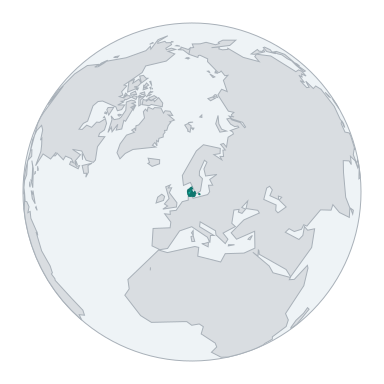 the Earth from above Denmark, rotated 354°
{"feature_id": "DNK", "entity_name": "Denmark", "entity_type": "country or territory", "adm_level": 0, "iso_a3": "DNK", "parent_name": "Europe", "parent_adm1": "", "projection": "orthographic", "projection_center": [10.731, 56.183], "detail": "fine", "context": "on_globe", "style": "filled", "palette": "teal", "viewbox_px": 384, "rotation_deg": 354, "n_neighbors": 0, "source": "natural_earth", "source_scale": "50m", "svg_char_len": 13248}
<svg xmlns="http://www.w3.org/2000/svg" viewBox="0 0 384 384"><g transform="rotate(354 192 192)"><circle cx="192" cy="192" r="169" fill="#eef3f6" stroke="#a8b0b8"/><path d="M23.1,190.0L23.5,190.9L24.8,181.0L25.1,176.7L24.4,176.2L26.6,160.4L29.3,150.8L45.7,107.8L49.5,101.6L52.9,97.3L75.1,73.2L57.7,90.1L63.2,83.4L70.7,75.6L70.3,76.5L80.4,68.2L87.6,62.3L101.1,55.3L112.9,55.3L108.3,57.6L111.7,57.6L117.7,54.8L120.8,53.0L140.6,51.6L161.0,46.6L165.9,42.6L166.0,45.6L174.2,36.9L184.3,34.1L173.9,38.9L173.5,40.6L180.8,39.3L182.1,40.9L186.3,41.2L187.1,43.3L181.0,46.3L181.4,47.8L186.5,46.8L190.6,48.5L183.0,49.7L189.3,52.9L180.1,59.1L159.1,61.8L154.9,68.0L135.5,78.5L138.2,79.7L132.5,84.9L133.4,88.3L129.6,89.5L133.7,91.2L137.0,89.4L139.9,89.7L140.8,91.6L136.0,93.4L134.9,92.7L134.0,94.3L131.2,94.4L133.1,95.5L127.2,97.7L134.2,98.4L130.6,102.7L126.3,103.4L125.2,99.4L112.6,92.2L108.0,92.2L102.6,95.9L95.6,110.6L91.1,112.4L86.2,117.7L89.3,118.3L94.3,114.5L98.9,117.2L104.5,112.5L107.2,113.1L113.5,110.1L114.2,114.8L111.4,121.1L106.2,124.0L104.8,127.0L111.1,127.9L102.7,137.1L99.3,150.1L97.0,152.2L90.0,149.3L86.6,139.7L77.6,137.1L85.0,143.3L79.0,148.9L78.7,151.8L80.0,154.3L82.9,154.0L81.2,157.0L73.1,151.7L74.6,148.9L77.1,150.5L75.5,146.2L70.0,143.1L67.4,146.5L61.9,139.3L60.0,141.7L57.7,141.6L61.1,138.2L54.8,144.4L47.9,138.6L39.2,149.5L46.0,135.7L47.4,129.4L48.3,123.0L46.8,124.6L50.0,114.7L49.4,110.0L44.0,114.7L38.8,123.6L35.7,133.6L37.2,133.3L36.3,139.8L31.8,143.6L29.4,157.5L26.7,163.0L25.3,170.2L25.4,175.6L25.1,183.8L26.7,184.4L28.4,189.7L26.6,195.4L29.0,194.4L29.0,201.3L33.6,215.7L32.8,215.9L36.3,234.8L43.2,250.7L44.7,257.8L43.6,258.8L46.6,263.9L46.7,265.6L61.4,285.5L71.1,298.1L72.2,303.3L67.0,302.2L69.0,307.9L68.2,307.0L59.8,297.2L52.2,286.9L45.4,276.0L39.4,264.6L34.4,252.8L30.2,240.7L27.0,228.3L24.7,215.6L23.4,202.9L23.1,190.0ZM36.6,152.1L34.1,171.1L33.1,163.5L33.8,164.2L34.9,158.6L36.2,150.1L36.0,144.0L36.6,152.1ZM40.9,153.1L41.2,150.2L41.3,152.6L40.9,153.1ZM122.0,52.1L117.7,54.6L111.8,56.7L115.3,54.3L122.0,52.1ZM133.4,49.1L131.7,50.6L128.1,50.0L130.2,49.3L133.4,49.1ZM169.1,39.7L165.3,40.7L168.6,39.2L169.1,39.7ZM186.8,40.9L187.4,40.2L189.3,40.7L186.8,40.9ZM112.7,107.7L113.1,108.9L111.7,108.8L112.7,107.7ZM115.1,105.4L113.3,104.5L114.1,103.3L115.3,103.8L115.1,105.4ZM192.3,44.5L195.2,45.7L191.2,44.9L192.3,44.5ZM117.2,106.8L115.9,101.2L117.4,99.2L123.0,99.6L117.2,106.8ZM196.2,46.7L203.2,49.9L205.3,48.5L203.3,54.7L198.0,49.8L192.8,49.0L196.0,48.2L196.2,46.7ZM137.7,88.1L134.2,90.0L136.3,86.7L137.7,88.1ZM138.4,85.9L140.8,75.7L146.4,74.0L144.5,77.6L151.1,74.2L152.7,78.3L149.4,81.1L145.4,81.4L149.1,82.8L138.4,85.9ZM201.1,57.8L201.8,59.1L199.8,58.3L201.1,57.8ZM141.3,89.5L141.3,87.5L146.2,85.8L147.1,89.5L145.2,88.9L141.3,89.5ZM152.1,71.3L155.9,70.9L158.2,74.0L160.0,74.3L153.2,78.2L152.1,71.3ZM144.5,90.2L147.4,91.5L145.9,94.1L141.6,91.3L144.5,90.2ZM147.0,83.9L149.4,83.3L148.4,84.8L147.0,83.9ZM142.2,104.3L142.0,101.8L144.6,100.7L142.2,104.3ZM148.6,91.8L149.1,90.9L150.1,90.2L151.7,91.6L148.6,91.8ZM155.3,80.3L155.5,81.8L158.2,78.8L160.1,81.2L155.2,83.5L158.1,83.5L158.7,84.3L154.1,85.3L155.3,80.3ZM156.2,90.9L150.6,94.9L150.3,99.8L148.1,100.8L149.0,92.9L156.2,90.9ZM155.3,87.5L155.4,89.9L152.5,89.9L150.8,88.4L155.3,87.5ZM163.1,82.1L161.5,77.8L162.6,77.5L163.1,82.1ZM156.7,92.3L158.0,91.3L157.0,92.6L156.7,92.3ZM161.7,85.2L161.0,83.7L162.3,83.3L161.7,85.2ZM161.2,90.8L159.4,92.0L158.2,90.9L161.2,90.8ZM161.9,88.2L163.9,88.1L158.8,89.8L161.4,87.5L161.9,88.2ZM163.1,85.1L163.6,84.4L163.2,85.8L163.1,85.1ZM167.0,94.2L160.9,96.6L158.2,94.2L164.4,92.2L167.0,94.2ZM360.7,182.7L360.8,185.9L359.9,183.0L359.3,185.1L357.5,178.1L353.3,173.0L353.3,181.4L351.5,177.5L345.7,176.6L344.7,188.6L344.3,213.3L347.3,224.3L345.8,233.7L336.5,227.8L330.8,219.3L328.4,224.6L318.0,223.2L302.7,237.9L299.7,236.2L297.0,240.5L289.6,242.0L284.7,238.6L280.6,241.8L293.4,250.4L297.7,246.8L300.2,238.1L303.0,242.1L310.1,241.4L305.2,259.7L281.2,286.6L277.5,278.9L252.4,261.0L252.4,257.5L252.3,257.1L251.9,256.6L250.9,262.7L246.2,258.3L261.0,273.6L264.1,280.8L280.9,287.3L279.6,289.4L284.6,289.6L299.1,277.0L299.4,279.8L293.4,296.9L272.3,322.7L274.4,329.3L271.6,335.6L256.8,344.4L256.5,346.8L248.6,350.2L247.1,351.4L239.9,354.0L233.9,355.7L222.3,358.2L210.6,359.9L203.7,359.4L194.6,353.4L200.4,348.7L199.3,344.7L186.3,334.1L189.2,327.1L185.4,324.0L177.8,324.5L173.3,320.4L168.5,319.9L138.0,317.4L128.0,309.6L114.4,287.6L119.4,281.8L119.1,272.3L152.7,246.2L161.2,249.7L189.1,246.5L192.9,247.8L191.0,256.4L213.2,264.6L218.6,256.8L237.3,258.2L248.7,254.4L250.2,237.6L231.4,243.6L226.7,236.7L240.6,225.2L256.8,219.9L255.5,217.1L244.0,214.1L246.5,206.7L239.9,212.5L243.5,214.7L239.5,218.5L236.0,216.8L237.0,214.2L231.8,214.3L228.3,227.3L231.5,230.9L218.6,236.1L222.8,242.7L219.7,246.8L211.4,237.2L211.3,233.0L197.0,222.5L195.9,227.3L209.4,237.6L205.8,237.2L204.5,244.3L202.6,238.6L188.1,226.5L175.6,229.4L161.8,245.6L154.0,246.0L146.6,241.4L149.5,224.2L166.5,225.3L167.8,219.7L162.5,210.8L168.1,212.0L168.1,208.6L174.3,208.6L181.3,200.6L187.4,199.7L188.5,189.2L191.8,187.4L190.2,194.1L192.4,198.4L207.3,196.2L209.6,193.6L209.1,187.0L213.3,187.4L210.9,181.4L218.6,177.1L207.2,177.5L206.3,170.3L210.0,163.9L207.7,161.7L201.6,172.2L201.0,176.4L203.8,179.8L200.5,191.9L195.7,194.4L191.4,182.3L184.2,184.6L184.1,174.6L200.6,151.6L208.3,146.2L224.7,151.6L223.9,156.7L217.6,157.1L225.0,163.1L223.6,159.5L227.1,160.0L227.1,153.6L229.5,153.7L225.4,147.6L228.4,147.0L231.0,150.9L233.6,141.3L239.3,138.6L238.7,136.4L236.5,134.9L245.3,132.7L244.5,131.2L241.3,131.4L237.5,128.6L234.3,123.0L237.6,122.5L239.2,124.5L247.4,128.1L251.1,133.6L252.1,132.9L249.6,128.0L239.6,123.6L236.8,120.4L241.7,121.7L239.7,121.0L239.3,119.2L242.0,117.2L236.6,115.4L227.9,98.2L232.2,92.9L237.5,95.8L234.9,84.2L239.9,79.7L236.9,79.8L233.6,74.7L232.0,76.0L230.3,75.7L221.1,64.0L221.5,61.2L214.2,56.8L212.6,56.9L211.9,58.8L203.3,54.7L205.3,48.5L208.7,48.5L207.7,44.8L215.5,45.5L221.6,44.6L230.8,48.0L234.7,47.2L233.8,45.9L238.6,44.2L251.4,45.6L244.9,50.2L226.5,50.5L234.3,50.7L233.7,52.5L237.2,53.8L242.6,53.9L242.6,52.8L257.1,63.5L272.5,69.4L268.6,63.9L270.5,61.7L284.6,65.0L307.9,83.2L310.7,81.7L313.7,83.4L317.6,88.6L313.3,86.1L313.5,89.1L310.5,87.1L315.3,95.0L311.2,92.5L317.0,100.2L319.4,100.1L316.7,93.7L323.5,101.8L326.1,99.5L331.0,103.3L342.4,121.7L346.9,134.9L348.2,137.1L347.5,139.5L350.4,148.4L354.5,149.7L355.7,152.7L358.6,167.2L358.0,165.3L356.3,171.7L358.7,180.6L360.0,177.5L360.6,180.5L360.7,182.7ZM142.8,262.6L142.3,265.6L142.8,262.6ZM275.3,221.7L284.1,216.7L277.8,209.1L280.7,206.6L277.5,205.1L277.3,208.6L269.1,203.8L272.1,198.3L269.8,194.4L266.7,195.9L262.6,206.9L274.3,213.7L273.3,219.1L275.3,221.7ZM33.8,216.1L34.1,219.0L33.2,216.7L33.8,216.1ZM31.8,164.7L31.8,167.8L31.4,170.3L31.1,168.2L31.8,164.7ZM35.4,190.2L36.1,194.1L34.8,191.0L35.4,190.2ZM34.0,173.9L34.8,187.3L32.5,181.9L32.2,173.6L33.1,178.0L34.0,173.9ZM38.4,154.8L38.1,157.1L37.4,157.5L38.4,154.8ZM41.0,154.9L40.9,154.2L41.6,152.5L41.0,154.9ZM79.5,149.2L80.1,149.7L80.8,152.5L79.3,151.9L79.5,149.2ZM91.0,161.6L87.9,166.2L89.1,162.3L86.4,162.2L85.5,154.2L95.7,152.9L91.3,154.8L91.0,161.6ZM87.0,143.5L86.5,148.5L86.7,143.1L87.0,143.5ZM161.7,191.0L164.3,193.5L162.8,197.4L155.1,199.2L157.3,193.6L161.7,191.0ZM168.5,196.1L166.4,184.1L171.1,182.7L168.8,185.5L172.2,185.7L169.4,190.3L175.9,201.1L175.0,205.3L161.2,206.0L166.3,203.4L163.3,201.0L168.5,196.1ZM152.8,158.3L151.9,153.8L163.2,156.5L162.7,160.5L155.0,162.4L151.1,158.9L152.8,158.3ZM127.4,109.0L126.3,107.6L127.6,107.0L129.6,107.7L127.4,109.0ZM141.9,103.2L133.3,114.7L131.7,113.6L128.7,122.0L123.1,122.5L125.3,116.9L118.8,123.8L118.5,119.0L114.6,124.0L120.0,111.6L119.5,107.8L122.1,111.9L127.2,111.5L129.2,110.2L134.7,103.8L136.1,95.7L141.4,94.3L144.7,95.5L145.2,97.2L141.6,97.5L144.8,99.6L140.0,101.4L141.9,103.2ZM180.8,113.9L176.5,112.9L182.0,118.6L177.3,119.9L178.2,120.5L175.3,123.4L173.4,128.0L171.1,127.9L171.4,129.8L169.4,131.8L169.1,134.3L164.7,135.2L163.8,138.5L162.2,137.1L162.0,142.5L160.2,138.9L157.5,141.4L160.7,143.5L137.8,143.5L129.6,146.7L123.8,151.5L121.5,145.1L125.5,136.7L132.8,128.6L141.0,126.6L138.5,124.2L141.7,122.6L142.3,125.2L143.2,120.3L146.0,119.7L152.5,113.4L152.0,107.1L154.4,104.7L155.9,106.9L157.2,103.0L161.8,105.6L163.6,104.1L169.9,105.2L171.9,110.6L173.7,108.4L178.6,109.4L180.8,113.9ZM168.7,94.7L172.2,100.5L171.3,104.1L160.7,100.7L158.5,101.7L151.6,99.9L153.1,94.7L154.9,95.7L157.0,95.5L155.7,97.2L158.3,95.6L160.9,97.0L163.6,96.2L164.0,98.2L168.7,94.7ZM196.3,244.3L199.0,244.5L203.1,243.7L202.3,248.2L196.3,244.3ZM186.3,236.3L188.6,235.6L189.6,241.4L186.7,241.3L186.3,236.3ZM189.1,230.5L188.7,235.1L187.2,232.6L189.1,230.5ZM192.3,193.2L194.7,192.2L195.3,193.6L194.3,196.1L192.3,193.2ZM196.3,132.3L194.0,130.9L194.5,129.9L191.8,124.7L195.2,123.5L198.1,126.1L196.3,132.3ZM247.5,241.5L244.7,245.6L242.7,244.8L244.1,243.5L247.5,241.5ZM222.8,248.2L228.8,248.9L222.5,249.4L222.8,248.2ZM199.5,130.1L198.0,128.1L200.6,128.7L199.5,130.1ZM197.5,122.4L200.4,122.6L195.3,122.8L197.5,122.4ZM296.2,320.8L282.8,334.1L276.1,338.1L276.2,337.0L282.1,330.4L290.3,324.2L294.8,319.1L296.2,320.8ZM360.9,195.3L359.4,196.3L360.0,191.3L360.8,185.7L360.9,195.3ZM347.9,224.6L350.6,227.0L349.5,230.8L347.9,224.6ZM346.7,124.2L346.8,124.3L346.0,122.5L346.1,122.8L346.7,124.2ZM349.8,139.7L350.7,143.8L349.9,142.6L348.3,136.7L349.8,139.7ZM334.8,106.8L338.0,110.4L339.2,112.3L338.1,111.7L334.8,106.8ZM225.9,118.6L225.8,127.0L228.0,132.6L232.7,135.0L226.0,135.4L222.7,126.7L225.9,118.6ZM227.3,100.7L223.2,99.0L225.0,97.6L226.1,97.8L227.3,100.7ZM224.9,101.2L220.0,103.2L217.6,100.8L222.0,99.7L224.9,101.2ZM209.8,116.4L209.6,118.9L207.5,118.2L209.8,116.4ZM345.5,121.3L346.2,123.1L342.6,116.7L341.1,113.4L344.5,119.4L344.1,118.5L345.5,121.3ZM312.2,78.1L310.5,77.4L308.0,74.4L309.9,75.7L312.2,78.1ZM298.6,64.8L306.8,73.4L313.2,80.9L312.9,79.6L317.4,83.5L315.9,84.1L308.9,77.1L304.7,71.9L300.7,69.4L295.6,64.9L291.5,63.5L288.2,61.2L290.6,61.0L298.6,64.8ZM289.9,63.2L281.0,60.1L278.0,55.8L279.3,55.5L284.7,58.7L285.9,60.7L289.9,63.2ZM277.9,58.1L279.0,60.2L268.3,61.6L265.2,60.9L271.9,57.1L273.3,58.9L276.5,59.5L277.9,58.1ZM203.4,58.6L202.0,59.1L202.3,57.9L203.4,58.6ZM229.5,76.5L227.3,75.9L227.8,74.4L229.5,76.5ZM221.4,73.4L222.4,75.5L220.0,73.5L221.4,73.4ZM224.9,80.4L222.1,76.5L226.7,79.9L224.9,80.4Z" fill="#d9dde1" stroke="#a8b0b8" stroke-width="1"/><path d="M190.3,196.0L190.2,196.0L190.1,195.9L189.9,195.9L189.6,196.0L189.4,195.9L188.9,195.8L188.8,195.7L188.5,195.7L188.5,195.3L188.4,195.0L188.5,195.0L188.5,194.5L188.5,194.2L188.0,193.9L187.7,193.6L187.8,192.8L187.8,192.5L187.7,192.0L187.7,191.5L187.8,190.7L188.0,190.7L188.3,190.8L188.5,190.8L188.5,191.0L188.7,190.9L188.8,190.6L189.0,190.3L189.2,190.2L189.3,190.2L189.4,190.3L189.5,190.4L189.5,190.1L189.6,189.5L189.4,189.4L189.2,189.5L189.0,189.9L188.8,190.4L188.6,190.4L188.3,190.5L188.1,190.4L188.0,190.2L188.3,189.6L188.6,189.2L188.9,189.2L189.2,189.1L189.3,189.1L189.7,189.1L189.9,189.1L190.1,188.9L190.5,188.2L190.8,187.9L191.3,187.8L191.7,187.4L191.8,187.4L191.6,187.7L191.6,187.8L191.7,188.3L191.7,188.5L191.7,188.9L191.5,189.1L191.4,189.5L191.3,190.1L191.3,190.7L191.4,190.9L191.6,191.0L192.2,191.0L192.3,191.2L192.3,191.5L192.2,191.7L192.0,191.8L191.8,191.9L191.7,191.9L191.5,191.7L191.4,191.8L191.2,192.5L191.1,192.9L191.1,193.0L191.0,192.9L190.8,192.9L190.6,193.0L190.8,193.2L190.8,193.3L190.6,193.4L190.5,193.6L190.4,193.7L190.2,193.8L190.1,194.0L190.1,194.3L190.2,194.5L190.2,194.9L189.9,195.1L189.8,195.4L190.0,195.4L190.2,195.5L190.3,195.6L190.3,196.0ZM195.0,193.1L195.1,193.4L195.0,193.5L194.8,193.6L194.6,193.7L194.5,193.9L194.5,194.1L194.8,194.3L194.8,194.6L194.7,194.8L194.3,194.9L194.3,195.3L194.3,195.5L194.2,196.0L193.9,196.1L193.7,195.7L193.6,195.4L193.6,195.2L193.6,194.9L193.3,194.9L193.1,194.8L192.9,194.9L192.7,194.5L192.8,194.1L192.7,193.9L192.6,193.7L192.4,193.4L192.5,193.3L192.8,193.3L193.0,193.3L193.2,192.9L193.2,192.7L193.5,192.7L193.6,192.8L193.6,193.0L193.6,193.3L193.8,193.4L193.9,193.2L194.0,193.0L194.0,192.8L194.0,192.7L193.9,192.6L194.2,192.4L194.4,192.2L194.6,192.1L194.8,192.2L195.0,192.3L195.0,192.6L195.0,193.1ZM191.9,193.7L191.9,193.8L192.0,194.2L192.1,194.5L192.1,194.9L192.1,195.1L191.8,195.3L191.5,195.3L191.2,195.2L190.7,195.0L190.7,194.9L190.5,194.4L190.5,194.0L190.8,193.9L191.3,193.7L191.5,193.8L191.8,193.7L191.9,193.7ZM193.1,195.8L193.4,196.0L193.6,196.0L193.8,196.4L193.6,196.5L193.2,196.6L192.5,196.2L192.5,195.8L192.6,195.7L192.9,195.6L193.1,195.8ZM199.4,195.2L199.0,195.2L198.7,195.0L198.7,194.6L198.8,194.4L199.4,194.8L199.4,195.0L199.4,195.2ZM192.0,196.2L191.9,196.2L191.8,195.9L192.0,195.6L192.2,195.3L192.3,195.0L192.3,195.3L192.1,196.1L192.0,196.2ZM190.9,195.8L190.7,195.9L190.4,195.8L190.4,195.3L190.5,195.3L190.8,195.5L190.9,195.8L190.9,195.8ZM195.1,195.5L194.8,195.6L194.5,195.8L194.4,195.7L194.5,195.5L194.6,195.4L194.8,195.4L195.0,195.5L195.1,195.5ZM191.8,193.2L191.7,193.2L191.7,192.8L191.6,192.7L191.8,192.8L191.8,193.0L191.8,193.2ZM192.5,188.8L192.4,188.9L192.2,188.8L192.3,188.7L192.6,188.6L192.6,188.8L192.5,188.8ZM191.6,195.9L191.5,196.0L191.3,195.9L191.1,195.7L191.3,195.8L191.5,195.8L191.6,195.9ZM195.2,193.7L195.1,193.8L195.0,193.6L195.1,193.4L195.2,193.5L195.2,193.7Z" fill="#14b8a6" stroke="#0f766e" stroke-width="1.5"/></g></svg>